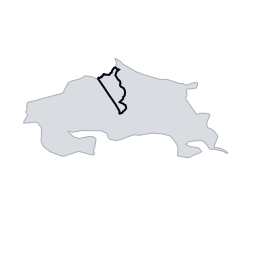 location of Heredia within Costa Rica, rotated 325°
{"feature_id": "CRI-1328", "entity_name": "Heredia", "entity_type": "Province", "adm_level": 1, "iso_a3": "CRI", "parent_name": "Costa Rica", "parent_adm1": "", "projection": "orthographic", "projection_center": [-83.91, 10.368], "detail": "fine", "context": "in_parent", "style": "outline", "palette": "ink", "viewbox_px": 256, "rotation_deg": 325, "n_neighbors": 0, "source": "natural_earth", "source_scale": "10m", "svg_char_len": 3323}
<svg xmlns="http://www.w3.org/2000/svg" viewBox="0 0 256 256"><g transform="rotate(325 128 128)"><path d="M210.6,130.7L210.3,131.6L209.5,132.6L208.3,133.6L206.6,134.3L202.7,132.3L198.9,130.0L196.7,131.1L195.9,134.0L194.5,135.6L192.7,136.2L192.0,137.2L191.9,147.2L192.0,156.7L195.0,156.9L199.8,160.2L201.9,162.1L202.6,163.9L202.0,164.8L198.4,166.9L195.0,169.5L193.2,172.8L196.3,178.0L196.9,181.6L196.9,185.4L196.0,187.2L189.3,191.5L187.8,193.0L188.0,194.1L191.7,197.1L193.5,199.9L195.0,203.4L195.2,206.4L191.8,200.8L187.1,195.5L183.0,192.2L182.7,184.6L181.1,180.4L174.9,176.6L169.7,174.0L165.8,174.5L168.2,178.9L174.3,184.5L174.8,186.7L174.7,189.6L170.4,189.2L166.7,188.0L162.1,187.6L159.1,185.9L152.7,179.2L157.2,173.4L158.6,169.6L158.5,161.8L157.5,158.0L152.5,152.3L144.6,145.9L133.6,140.7L128.4,136.6L115.6,133.4L110.7,131.2L106.8,127.3L106.3,124.5L107.6,120.1L104.1,114.6L88.8,103.7L80.2,99.6L78.4,97.3L77.0,96.5L78.3,104.0L82.1,108.6L91.8,112.8L94.5,115.3L95.6,118.5L89.9,124.6L87.0,126.1L86.1,129.5L84.3,130.5L82.3,128.5L74.4,118.9L59.1,114.3L56.3,111.4L50.6,102.6L48.1,94.6L49.0,89.3L55.4,81.0L57.4,77.4L57.0,75.2L57.2,71.9L54.9,69.6L49.1,66.6L45.4,64.2L46.4,63.0L53.1,59.8L53.5,56.9L53.5,56.0L54.6,55.8L55.6,55.0L56.2,54.2L58.0,51.4L59.6,49.8L61.4,49.6L63.7,50.8L72.0,53.8L81.4,57.2L94.6,62.0L100.2,59.0L104.9,56.7L108.2,57.0L115.4,59.7L119.7,60.6L122.3,60.3L126.9,64.3L129.4,67.3L129.8,69.3L131.2,70.4L134.7,70.6L143.5,72.6L148.8,72.2L153.7,70.1L156.3,67.5L157.1,63.5L158.4,65.5L159.8,68.6L160.4,72.7L166.7,86.2L171.8,93.7L182.8,107.4L187.5,110.0L195.6,121.0L198.4,122.8L200.0,126.1L208.3,128.7L210.6,130.7Z" fill="#d9dde1" stroke="#a8b0b8" stroke-width="1"/><path d="M146.4,73.3L146.6,73.2L147.6,72.0L150.9,70.8L151.1,70.7L151.3,70.8L151.9,71.0L152.0,71.0L152.5,71.4L152.7,71.7L152.8,71.9L152.8,72.1L152.8,72.3L152.7,73.3L152.7,73.5L152.8,73.7L152.9,73.9L153.1,74.0L153.3,74.2L153.7,74.5L153.9,74.6L154.0,74.8L154.1,75.0L153.8,75.0L153.7,75.0L153.0,75.1L151.5,75.2L151.2,75.3L150.7,75.5L149.9,76.0L149.4,76.5L149.2,76.7L148.7,76.9L148.3,77.2L148.1,77.4L148.0,77.5L147.9,77.8L147.9,78.2L147.8,79.7L147.8,80.2L147.6,82.4L147.6,82.7L147.6,82.8L147.8,83.1L148.0,83.3L148.0,83.5L147.9,84.0L148.0,84.2L148.0,84.3L148.2,84.8L148.2,85.0L147.9,86.3L147.5,87.0L147.3,87.2L147.2,87.2L147.1,87.3L146.9,87.3L146.7,87.4L146.6,87.5L146.2,88.3L146.1,88.5L145.9,88.9L145.8,89.1L145.8,89.4L145.9,90.1L146.0,90.3L146.7,91.5L146.8,92.1L146.9,92.3L147.0,92.5L147.2,92.8L147.3,93.1L147.2,93.4L147.0,94.2L147.0,94.8L147.0,95.2L146.8,95.5L146.2,96.8L146.1,97.1L143.8,99.6L141.9,99.8L141.0,101.0L140.7,101.3L140.4,101.4L139.3,101.5L138.4,101.7L136.2,101.9L135.9,102.0L136.0,102.2L136.2,102.6L137.3,104.3L137.9,105.0L138.1,105.4L138.2,106.6L138.6,107.1L138.8,107.3L139.0,107.5L139.0,107.8L138.7,108.8L138.1,110.5L137.1,111.1L135.8,111.5L135.3,111.6L134.0,111.5L133.8,111.5L132.0,112.3L131.4,112.1L130.4,111.6L129.6,111.7L129.5,111.3L129.5,111.0L129.5,110.9L129.5,110.7L129.8,110.3L130.7,109.4L130.7,109.2L131.3,101.6L131.4,94.7L131.4,89.0L131.6,80.9L131.7,70.2L132.1,70.0L132.7,69.9L133.6,70.8L134.2,71.0L134.8,70.6L135.1,70.6L135.7,71.2L136.9,70.4L137.8,70.6L138.4,70.0L139.0,69.9L139.6,70.3L139.8,71.1L142.8,73.5L143.1,73.7L143.6,73.7L144.1,73.6L144.7,73.2L145.1,73.0L146.4,73.3Z" fill="none" stroke="#020617" stroke-width="2"/></g></svg>